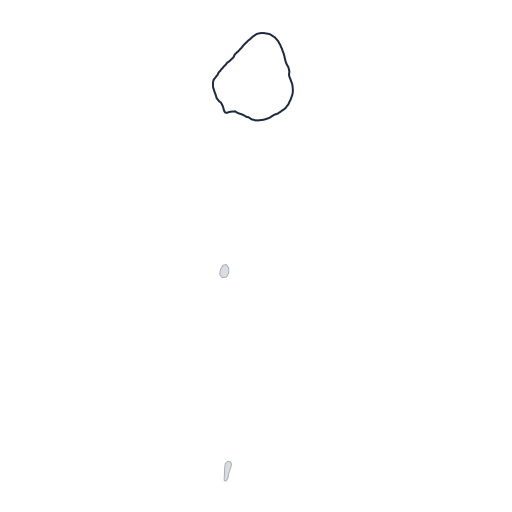 location of Kolhumadulu, Maldives, rotated 175°
{"feature_id": "70690204B68081100071984", "entity_name": "Kolhumadulu", "entity_type": "district", "adm_level": 2, "iso_a3": "MDV", "parent_name": "Maldives", "parent_adm1": "", "projection": "equal_earth", "projection_center": [73.121, 2.361], "detail": "fine", "context": "in_parent", "style": "outline", "palette": "slate", "viewbox_px": 512, "rotation_deg": 175, "n_neighbors": 0, "source": "geoboundaries", "source_scale": "gbopen_adm2", "svg_char_len": 3852}
<svg xmlns="http://www.w3.org/2000/svg" viewBox="0 0 512 512"><g transform="rotate(175 256 256)"><path d="M304.7,51.9L302.0,53.9L299.4,53.1L298.5,50.6L299.8,47.0L302.0,42.2L303.4,37.1L305.6,34.3L307.2,35.3L307.0,38.1L306.3,42.1L305.8,47.2L304.7,51.9ZM289.7,249.7L286.3,250.1L284.2,246.5L284.7,241.2L287.3,237.6L291.4,237.3L293.8,240.6L292.6,245.7L289.7,249.7Z" fill="#d9dde1" stroke="#a8b0b8" stroke-width="1"/><path d="M231.6,477.7L233.0,477.5L234.4,477.4L235.9,477.1L237.0,476.6L237.8,476.0L239.7,475.1L240.7,474.4L241.7,473.6L242.7,472.8L243.8,472.0L245.0,471.3L246.0,470.4L246.9,469.6L247.9,468.9L248.9,468.1L249.9,467.2L250.8,466.3L251.5,465.5L252.4,464.5L253.6,463.6L254.6,462.6L255.5,461.8L256.6,460.9L257.2,460.6L258.0,459.8L258.5,459.5L259.0,459.2L259.8,458.4L260.2,457.6L260.5,456.8L261.2,455.9L261.9,455.3L262.8,454.6L263.6,453.9L264.3,453.4L265.0,452.8L265.7,452.3L266.3,451.9L266.8,451.6L267.2,451.4L267.5,451.3L268.6,450.4L269.1,449.6L269.6,449.1L270.4,448.5L270.9,448.1L271.5,447.6L272.0,447.1L272.4,446.7L272.7,446.3L273.0,446.0L273.3,445.8L274.0,445.2L274.6,444.7L275.0,444.2L275.3,443.8L275.5,443.5L276.1,443.0L276.5,442.8L276.8,442.5L277.0,442.2L277.3,441.9L277.5,441.7L277.8,441.1L278.1,440.6L278.4,439.9L279.0,439.3L279.6,438.8L280.1,438.2L280.5,437.7L281.1,437.1L281.5,436.7L282.0,436.2L282.3,435.8L282.7,435.4L282.9,435.1L283.1,434.4L283.3,433.8L283.6,432.9L283.8,432.2L283.9,431.6L283.9,430.3L284.0,429.3L284.0,428.5L284.0,427.4L283.8,426.8L283.5,425.7L283.5,425.3L283.2,424.1L283.0,423.0L282.7,422.0L282.4,421.1L282.1,420.1L282.0,419.2L281.7,418.1L281.6,417.1L281.2,416.4L280.7,415.5L280.2,414.9L279.6,413.8L279.1,413.2L278.3,412.6L277.6,411.8L277.1,410.9L276.6,409.7L276.2,408.6L275.9,407.6L275.7,406.7L275.6,406.0L275.4,405.0L275.2,403.9L274.9,402.9L274.6,402.3L273.9,401.5L273.3,401.3L272.6,401.2L271.6,401.4L270.9,401.6L270.2,401.8L269.2,401.8L268.3,402.0L267.2,402.0L266.1,401.9L265.3,401.7L264.6,402.0L264.1,401.9L263.4,401.3L262.8,400.8L262.1,400.3L261.3,399.9L260.4,399.4L259.7,399.1L258.8,398.8L257.8,398.3L256.9,397.9L256.3,397.5L255.6,397.1L254.5,396.3L253.7,395.6L253.1,395.3L251.9,395.1L250.9,394.5L250.2,394.0L249.2,393.1L248.3,392.5L247.8,392.2L246.7,392.0L245.9,391.7L245.4,391.4L244.3,391.1L243.5,391.1L242.3,390.9L241.5,390.9L239.4,391.0L238.7,391.0L237.9,391.0L236.8,391.1L235.9,391.2L235.3,391.3L234.3,391.5L232.9,391.9L231.9,392.1L230.6,392.5L229.5,393.0L228.6,393.5L227.9,393.9L227.3,394.2L226.7,394.5L225.8,395.0L224.9,395.2L224.2,395.5L223.6,395.5L222.9,395.8L221.8,396.0L221.0,396.5L220.0,397.1L219.1,397.5L218.3,398.0L217.7,398.4L216.9,398.8L216.1,399.2L215.3,399.7L214.5,400.3L214.0,400.6L213.2,401.3L212.7,401.9L212.1,402.7L211.5,403.3L210.8,403.9L210.3,404.7L209.8,405.6L209.5,406.2L209.0,407.1L208.3,408.1L207.8,409.0L207.4,409.9L206.9,410.9L206.4,412.1L205.9,413.1L205.5,414.3L205.2,415.6L205.0,416.5L204.9,417.6L204.8,418.6L204.8,419.4L204.8,420.2L204.8,421.3L204.8,422.1L204.9,423.0L204.9,423.6L205.0,424.3L205.3,425.4L205.6,426.4L205.9,427.3L206.1,428.2L206.2,428.9L206.6,430.1L206.9,431.1L207.1,431.7L207.3,432.7L207.3,433.8L207.2,434.5L207.0,435.1L206.9,435.7L206.8,436.4L206.7,437.0L206.9,438.6L207.0,439.7L207.1,440.2L207.5,441.7L207.9,442.4L208.0,442.8L208.4,443.6L208.8,444.6L209.1,445.5L209.4,446.6L209.7,448.2L209.9,449.4L210.0,450.3L210.2,451.3L210.3,452.5L210.5,453.7L210.7,454.6L210.9,455.7L211.2,456.7L211.5,457.5L211.7,458.4L211.9,459.2L212.1,460.2L212.5,461.2L212.8,461.9L213.0,462.6L213.2,463.1L213.4,464.1L213.8,464.9L214.3,465.8L214.6,466.7L215.0,467.7L215.6,468.6L216.2,469.4L216.8,470.3L217.2,470.8L217.7,471.6L218.1,472.1L218.9,472.7L219.4,473.0L219.8,473.4L220.5,474.0L221.3,474.6L222.4,475.4L222.9,475.8L223.7,476.1L224.9,476.4L225.5,476.5L226.0,476.7L226.6,476.8L227.9,477.2L228.6,477.4L230.2,477.5L231.6,477.7Z" fill="none" stroke="#1e293b" stroke-width="2"/></g></svg>